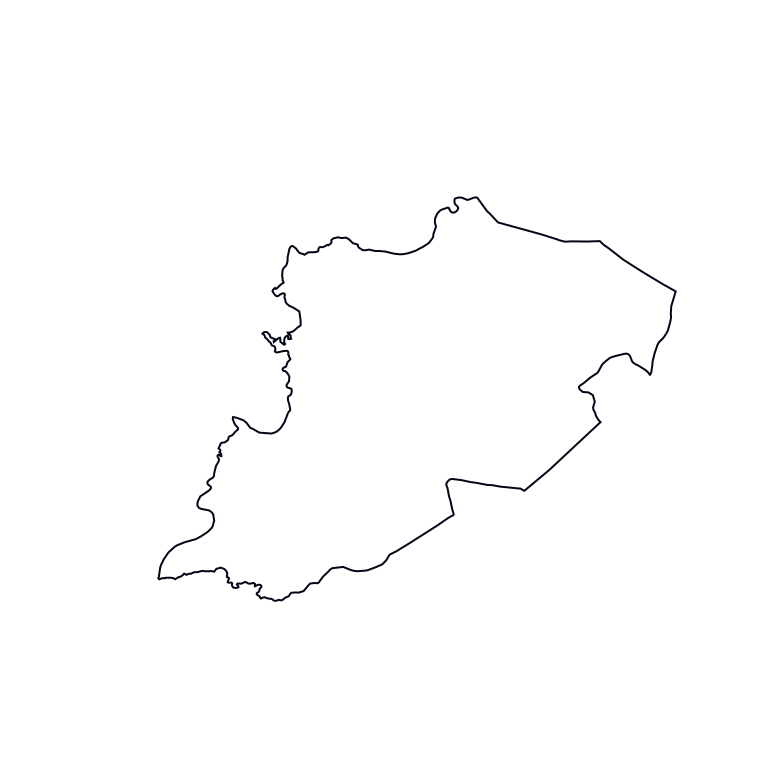 Namasigue, Choluteca, Honduras, rotated 57°
{"feature_id": "27666195B26128912402199", "entity_name": "Namasigue", "entity_type": "district", "adm_level": 2, "iso_a3": "HND", "parent_name": "Honduras", "parent_adm1": "Choluteca", "projection": "natural_earth1", "projection_center": [-87.151, 13.15], "detail": "fine", "context": "isolated", "style": "outline", "palette": "ink", "viewbox_px": 768, "rotation_deg": 57, "n_neighbors": 0, "source": "geoboundaries", "source_scale": "gbopen_adm2", "svg_char_len": 6163}
<svg xmlns="http://www.w3.org/2000/svg" viewBox="0 0 768 768"><g transform="rotate(57 384 384)"><path d="M424.0,679.1L425.4,678.8L426.0,675.9L427.4,673.8L427.7,672.5L430.0,668.8L431.8,666.7L434.0,665.4L434.1,661.5L434.7,660.0L434.8,658.5L434.7,656.8L434.1,654.9L436.5,653.6L436.7,651.3L438.0,649.1L438.4,645.8L440.3,642.7L441.5,638.8L442.3,637.5L443.4,636.4L445.7,632.9L446.5,631.1L448.9,628.6L447.7,625.2L449.2,620.8L452.2,618.7L455.1,618.1L457.4,618.6L460.3,620.9L460.8,620.7L461.7,619.8L462.8,619.9L464.6,622.7L465.0,623.0L465.8,622.8L467.3,620.4L468.0,619.9L468.7,620.0L470.0,621.2L472.4,621.4L474.6,619.2L475.2,616.8L474.6,616.4L472.1,616.6L471.6,616.0L471.7,615.3L473.7,612.5L474.4,608.3L475.4,607.4L477.2,606.6L478.3,605.6L479.9,601.6L481.5,601.1L482.5,602.1L483.3,602.4L483.7,599.5L484.1,598.4L485.1,597.2L486.5,596.8L487.5,597.5L488.2,600.1L489.8,601.5L490.1,602.5L490.1,604.2L490.6,605.1L492.2,605.1L493.9,604.1L496.6,604.2L496.9,603.9L497.0,602.2L497.9,600.2L500.8,598.0L503.2,595.1L505.0,594.6L506.7,593.4L507.9,589.5L509.0,588.6L509.7,587.5L509.8,586.3L509.4,583.5L510.1,579.5L508.8,576.6L508.6,575.4L510.7,571.6L512.4,569.4L513.9,564.3L511.4,556.0L511.2,554.5L513.1,550.5L514.8,548.4L515.0,547.8L514.8,546.5L512.4,540.3L511.0,532.9L510.3,530.3L510.3,527.7L515.2,517.8L521.3,513.6L523.5,511.8L526.2,508.8L528.5,504.7L530.8,500.4L531.4,498.5L533.2,490.6L534.3,483.7L533.1,478.2L530.6,473.2L530.2,471.7L531.0,465.0L531.4,449.5L531.7,415.9L531.3,404.0L531.5,399.3L531.8,397.3L531.6,396.8L530.1,396.1L526.7,395.2L518.5,392.0L513.5,390.6L505.8,387.4L502.7,386.8L501.4,385.8L500.8,384.7L500.0,382.3L500.0,380.4L500.7,378.6L506.9,371.3L513.8,364.4L517.7,359.8L524.6,352.7L528.1,348.0L533.3,342.5L546.1,326.5L550.0,324.5L546.2,292.8L533.9,223.2L530.7,223.7L526.9,223.6L524.9,223.3L523.4,222.6L519.3,222.3L517.5,221.4L513.7,216.9L507.1,214.9L502.4,217.1L498.9,221.7L494.8,222.8L493.0,222.4L492.4,221.6L492.1,220.1L492.0,215.6L491.0,207.7L490.9,198.8L490.2,197.2L486.8,191.0L486.0,188.4L485.2,181.6L485.3,179.2L486.7,174.3L489.4,166.6L490.2,164.7L491.2,163.5L492.6,162.7L494.5,162.4L500.2,163.6L501.4,163.5L504.4,162.3L507.2,160.6L514.9,157.0L518.7,156.1L521.1,156.0L521.1,155.6L520.4,154.3L519.2,153.0L514.6,148.9L512.0,147.0L508.4,143.3L505.2,139.8L499.8,132.9L498.6,130.2L497.8,125.9L496.9,123.1L495.1,119.1L493.6,116.6L487.4,109.7L485.2,107.6L483.5,106.3L481.6,105.5L475.2,100.7L465.2,88.9L452.1,95.8L430.7,106.2L410.3,115.5L392.9,121.5L387.0,123.9L381.7,125.2L375.1,136.1L366.0,149.8L363.7,154.0L362.4,155.5L358.7,158.9L356.9,160.1L344.3,170.5L310.6,200.4L298.1,202.6L295.6,203.4L279.2,204.3L278.2,204.6L277.5,205.3L276.6,207.4L275.7,211.7L275.0,213.9L270.6,216.9L269.3,218.2L268.0,220.4L267.2,223.2L267.4,223.9L268.3,224.9L270.7,226.2L272.0,226.4L275.7,225.6L276.8,225.9L277.7,226.9L278.4,228.3L278.6,229.9L278.5,231.4L277.8,233.0L276.5,233.9L274.9,234.2L271.7,233.8L270.8,234.3L269.2,240.7L269.1,242.5L270.1,246.6L272.8,250.7L274.2,252.0L276.7,253.6L279.7,254.4L280.7,255.0L284.8,260.5L287.7,263.0L288.7,265.4L290.2,269.6L290.2,276.5L289.4,285.2L287.6,292.2L285.7,297.0L284.0,299.9L280.1,304.7L273.6,310.8L269.9,315.5L267.8,318.8L263.1,323.4L261.7,326.8L260.2,328.9L256.0,330.8L254.3,330.8L253.4,330.2L252.7,330.2L248.9,333.4L243.5,334.6L240.6,336.1L238.4,340.3L236.8,341.7L235.6,343.3L234.3,347.4L234.7,349.8L236.8,351.1L237.3,352.6L237.3,355.1L236.7,355.4L236.5,355.9L236.1,360.1L235.7,361.2L234.5,362.8L234.1,363.8L234.9,365.3L236.4,366.4L236.8,367.4L235.8,370.2L232.4,375.7L232.3,380.3L230.7,381.2L228.2,383.5L224.5,384.0L222.4,384.0L218.9,385.3L218.2,385.9L218.0,386.7L218.2,388.0L219.2,389.8L225.1,395.7L228.1,397.7L230.3,400.0L231.4,401.8L232.1,405.0L233.2,407.0L238.0,410.7L240.0,411.3L241.5,412.5L244.3,412.9L244.4,416.5L245.5,422.0L245.2,423.0L244.7,423.3L244.2,423.1L244.1,423.5L244.6,425.9L245.5,427.0L249.3,427.0L250.9,426.7L252.0,426.1L252.6,424.8L252.4,422.5L252.6,420.2L253.1,419.0L254.0,418.3L255.2,418.5L256.7,420.1L262.3,421.9L263.7,421.8L266.8,420.9L269.9,418.8L277.1,415.5L285.6,419.5L289.3,421.9L289.6,423.0L289.5,425.7L290.2,429.6L290.3,431.8L289.7,434.7L288.5,436.7L289.5,436.8L292.0,435.9L292.8,436.1L294.0,437.1L295.4,437.1L295.4,438.1L294.2,439.7L292.8,439.3L291.5,438.3L291.0,438.3L290.7,439.3L290.7,440.7L291.1,441.8L291.9,443.0L294.9,445.2L296.5,445.1L296.8,445.5L296.8,446.2L296.0,446.7L292.1,447.9L289.2,446.1L288.5,446.0L288.1,447.3L288.8,453.6L288.0,453.3L288.2,451.8L287.6,451.6L287.1,450.9L284.2,453.0L282.9,453.7L280.3,453.1L277.3,453.7L276.2,454.4L275.5,455.7L275.2,457.5L275.6,458.6L276.1,458.6L277.1,457.8L278.6,457.8L280.2,458.3L282.9,457.5L285.0,457.4L287.7,456.7L290.5,457.0L292.5,455.5L293.3,455.3L295.6,456.0L296.9,457.6L298.1,457.6L299.3,456.6L301.5,450.6L303.1,447.6L303.9,446.9L305.4,446.9L307.3,448.4L308.4,448.2L309.7,448.9L311.1,448.7L312.3,449.1L313.2,453.0L316.1,456.7L315.6,459.1L315.9,460.4L316.6,461.2L318.1,461.3L319.3,459.9L320.7,459.4L323.6,459.1L326.2,459.3L330.0,462.2L331.4,465.7L332.4,466.8L334.0,467.0L335.0,466.5L337.0,464.6L337.8,464.4L338.8,464.7L340.5,465.9L341.9,467.4L342.4,468.8L342.2,470.8L343.5,472.4L346.0,473.6L348.8,474.3L354.1,476.4L355.1,477.3L355.6,479.4L356.4,480.8L361.8,488.2L364.5,494.2L365.2,497.1L365.5,499.8L364.9,503.4L364.1,505.6L356.8,515.1L350.7,518.2L347.8,520.0L341.4,520.5L338.0,521.6L332.5,525.6L329.5,528.6L330.9,529.9L335.0,530.8L337.1,531.0L341.5,530.4L342.5,531.0L343.0,534.4L344.3,539.0L343.7,542.6L346.1,545.7L346.2,549.3L344.9,552.1L345.1,553.8L346.1,554.8L347.8,557.8L350.1,557.2L351.1,557.8L351.5,559.1L353.8,558.7L355.8,559.7L355.3,560.3L353.3,561.1L353.1,561.6L353.3,562.4L354.4,563.2L357.1,563.3L358.2,564.1L358.9,565.0L361.3,569.6L366.1,574.7L368.8,577.0L369.4,578.8L369.2,581.6L369.4,583.6L369.8,585.0L370.6,586.0L372.1,586.4L375.8,585.2L376.5,585.3L377.1,585.9L377.7,587.3L378.0,588.6L378.2,599.2L380.6,603.4L382.2,605.3L384.7,606.8L387.3,606.6L389.1,605.4L394.6,599.7L396.9,598.6L399.4,598.2L400.6,598.4L406.1,600.8L409.9,605.1L410.9,607.0L412.0,612.3L412.1,620.6L411.6,626.3L408.0,637.9L406.7,644.8L406.5,648.1L407.9,656.6L411.1,664.2L414.4,669.7L416.3,671.9L423.3,678.0L424.0,679.1Z" fill="none" stroke="#020617" stroke-width="2"/></g></svg>